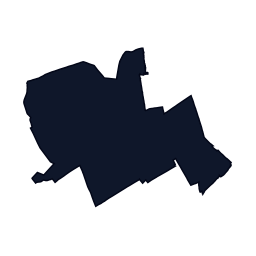 the district of Masloc, Timis, Romania, rotated 275°
{"feature_id": "2599482B91867297298007", "entity_name": "Masloc", "entity_type": "district", "adm_level": 2, "iso_a3": "ROU", "parent_name": "Romania", "parent_adm1": "Timis", "projection": "equal_earth", "projection_center": [21.493, 46.0], "detail": "fine", "context": "isolated", "style": "filled", "palette": "ink", "viewbox_px": 256, "rotation_deg": 275, "n_neighbors": 0, "source": "geoboundaries", "source_scale": "gbopen_adm2", "svg_char_len": 5470}
<svg xmlns="http://www.w3.org/2000/svg" viewBox="0 0 256 256"><g transform="rotate(275 128 128)"><path d="M208.8,135.8L208.7,134.7L207.6,131.4L206.5,129.0L204.9,126.8L204.4,125.9L204.1,124.9L204.0,123.9L204.1,122.9L204.2,121.8L204.1,120.6L204.0,119.5L203.4,118.7L200.3,116.7L193.8,114.1L190.0,113.5L178.4,112.5L175.6,112.4L175.6,108.1L175.7,104.4L175.7,100.7L175.8,99.9L177.8,98.1L183.0,92.7L187.2,88.9L187.5,88.0L187.9,86.1L188.4,84.0L189.3,81.1L190.0,78.2L190.0,77.4L189.1,75.1L188.5,74.0L187.3,71.0L185.8,67.8L184.6,64.6L184.5,64.2L183.1,61.2L180.5,54.9L178.3,50.1L177.2,47.3L173.9,40.7L173.5,40.3L172.4,38.8L171.3,36.9L170.2,35.3L169.9,34.8L169.3,33.2L168.3,30.8L168.2,30.4L167.5,28.6L167.3,28.2L166.9,27.5L165.8,24.2L164.5,23.6L163.9,23.4L163.6,23.4L163.2,23.7L162.6,23.9L161.4,23.9L159.5,24.2L157.8,24.2L157.4,24.2L155.3,24.3L154.7,24.2L154.0,24.2L151.7,23.6L149.1,22.8L146.9,22.2L145.3,22.0L144.0,22.1L143.0,22.4L139.0,24.1L133.9,26.2L133.2,26.7L132.5,27.6L130.6,29.7L130.2,30.0L129.9,30.2L128.4,29.7L127.3,29.8L126.9,29.9L124.0,31.2L121.4,32.1L120.5,32.4L119.4,30.9L114.5,34.0L105.2,39.3L100.5,42.2L87.6,53.7L86.0,57.5L73.8,48.2L75.8,41.6L69.6,36.8L68.8,37.3L65.1,40.8L65.6,41.3L66.0,41.9L66.3,43.1L66.6,44.9L66.9,45.8L67.0,46.1L67.5,46.7L68.5,47.9L68.8,48.4L68.7,49.3L68.5,50.4L68.5,50.5L68.5,51.0L68.7,52.3L68.9,52.7L69.6,54.2L70.0,55.6L70.5,56.3L70.9,56.8L69.7,58.1L67.5,60.1L69.8,62.4L70.4,62.8L72.0,65.0L74.6,68.2L76.5,70.3L79.2,73.5L82.0,77.1L86.5,83.2L83.6,84.9L81.3,86.2L79.7,86.9L78.2,87.7L76.1,88.6L71.6,90.6L69.7,91.4L65.9,93.1L63.3,94.6L61.2,96.0L60.1,96.6L58.3,97.4L56.0,98.4L51.9,100.3L47.2,102.7L48.9,105.0L49.6,106.0L49.8,106.5L50.7,107.9L51.0,108.1L52.8,110.5L52.9,110.8L54.6,112.7L56.4,114.9L59.0,118.5L67.7,130.1L69.4,132.3L70.9,134.5L74.3,139.1L77.2,143.2L78.0,143.8L77.8,143.9L74.3,147.4L77.8,150.2L75.4,152.5L76.6,153.9L77.3,154.8L78.1,155.7L81.5,160.5L82.1,161.2L84.4,164.6L88.6,170.7L91.3,174.4L94.2,178.5L94.4,178.1L94.7,177.8L95.1,177.5L95.6,177.5L95.8,177.7L95.9,178.1L96.1,178.0L96.9,177.6L97.7,177.0L99.3,176.2L99.5,176.0L100.1,175.8L101.7,178.1L98.8,180.1L93.6,183.8L90.5,185.9L84.4,190.2L82.8,191.3L81.8,191.8L81.0,192.4L76.5,195.6L78.2,199.0L78.4,199.7L79.9,202.5L80.1,203.1L80.3,203.3L79.6,203.3L78.4,203.4L77.2,203.5L75.4,204.0L73.7,204.2L71.9,204.8L70.5,205.4L70.5,205.8L70.6,206.1L70.8,206.5L71.5,207.1L70.1,207.7L69.9,207.7L69.6,207.8L69.1,207.9L69.1,208.1L68.6,208.3L69.9,208.9L70.5,209.3L71.6,209.7L72.7,210.2L72.7,210.3L78.0,214.9L78.6,215.5L80.3,217.2L80.9,217.7L82.0,218.5L83.2,219.5L84.2,220.1L85.6,221.2L85.7,221.4L85.7,221.5L85.7,221.8L86.1,222.0L86.7,222.2L87.1,222.4L87.5,223.0L87.9,223.2L88.6,223.2L88.4,223.4L88.3,223.6L87.9,223.8L87.5,224.3L87.7,224.9L87.7,225.0L89.5,227.2L89.8,227.5L90.4,227.9L90.9,228.4L91.5,228.7L94.5,231.0L95.0,231.2L96.1,231.6L97.5,232.6L98.1,233.1L98.8,233.5L99.0,233.2L99.2,233.3L99.3,233.4L99.2,233.7L100.1,234.0L100.7,233.3L101.0,233.1L101.4,233.3L101.8,233.3L102.0,233.5L102.7,233.7L102.9,233.1L103.4,232.7L104.6,231.2L106.1,229.2L106.4,228.5L107.5,227.0L109.6,224.6L110.8,222.8L111.5,222.0L111.9,221.5L113.1,220.3L113.4,219.9L113.6,219.8L113.6,219.5L113.5,219.2L113.0,218.6L113.4,218.3L114.4,216.4L116.1,214.0L116.7,213.4L116.9,213.3L117.3,213.6L117.6,214.3L118.1,213.5L118.7,212.9L119.9,210.8L124.1,205.9L125.4,204.6L131.1,202.6L132.2,202.1L135.2,201.1L142.3,198.1L142.9,198.0L144.1,197.4L145.6,196.7L149.8,195.0L151.3,194.3L153.2,193.6L153.9,193.2L157.2,191.7L159.4,190.9L162.1,189.7L163.8,188.8L165.7,188.0L164.9,186.9L155.4,175.2L153.8,173.4L152.1,171.2L147.3,165.5L145.6,163.1L145.2,162.7L150.1,161.0L151.9,160.5L151.9,160.4L151.2,157.3L150.6,155.0L150.4,154.1L150.4,153.8L150.3,153.6L150.2,152.8L149.5,150.3L149.5,150.0L149.1,148.2L148.8,147.4L148.3,146.6L147.8,145.9L147.5,145.3L147.2,144.8L147.0,144.3L146.9,144.0L147.0,143.7L149.4,143.0L153.1,142.3L154.0,141.9L156.4,141.4L157.3,141.1L160.8,140.2L161.3,140.0L164.8,139.2L164.9,139.3L165.7,138.9L166.8,138.6L168.7,138.2L170.7,137.7L172.4,137.2L174.0,136.9L175.1,136.5L175.9,136.5L176.2,136.2L176.7,136.1L177.2,136.1L178.2,135.8L178.6,136.1L179.0,135.7L179.8,135.3L180.2,135.2L180.9,135.0L181.3,134.9L181.7,134.8L181.9,134.8L182.7,134.5L182.3,134.8L182.5,134.9L182.5,135.2L182.8,135.3L182.2,135.8L182.2,137.7L182.1,138.3L182.1,138.8L182.4,139.2L182.6,139.2L183.2,139.2L183.3,139.3L183.8,139.1L183.8,139.3L183.9,139.5L183.2,140.1L183.1,140.3L183.0,140.5L183.2,141.0L183.3,141.2L183.3,141.6L183.4,141.9L183.4,142.8L183.5,143.1L184.1,143.0L184.7,143.0L184.8,142.9L185.0,142.5L185.0,142.4L184.7,142.0L184.7,141.8L184.6,141.1L184.7,140.8L185.4,140.7L186.4,140.3L187.0,140.3L187.2,140.1L187.4,140.1L187.6,140.3L187.9,140.3L188.0,140.2L188.2,139.9L188.4,139.7L188.5,139.7L188.6,139.9L188.8,139.9L188.9,140.1L189.3,140.4L189.5,140.3L189.4,139.9L189.5,139.9L189.3,139.7L189.7,139.5L189.9,139.6L190.3,139.6L190.2,139.7L190.6,139.7L190.4,139.5L190.7,139.4L191.2,139.4L191.1,139.5L192.3,139.4L193.3,139.2L193.5,138.8L193.9,138.8L194.2,138.6L194.9,138.5L195.4,138.5L196.4,138.3L196.7,138.1L196.9,138.1L198.8,137.6L199.2,137.7L199.6,137.6L199.8,137.7L200.2,137.6L200.5,137.4L201.1,137.3L201.2,137.5L201.4,137.5L201.5,137.4L201.9,137.3L202.2,137.1L202.4,137.2L203.0,137.0L203.3,137.0L203.5,136.8L203.8,137.1L204.3,137.3L204.5,137.1L204.6,136.9L204.9,136.8L205.3,136.9L205.6,136.8L205.7,136.7L206.2,136.4L206.7,136.4L207.2,136.2L207.9,136.2L208.1,136.0L208.1,135.9L208.8,135.8Z" fill="#0f172a" stroke="#020617" stroke-width="1.5"/></g></svg>